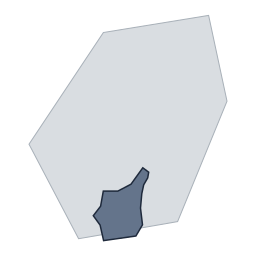 location of Fiorentino within San Marino
{"feature_id": "SMR-4890", "entity_name": "Fiorentino", "entity_type": "state/province", "adm_level": 1, "iso_a3": "SMR", "parent_name": "San Marino", "parent_adm1": "", "projection": "orthographic", "projection_center": [12.455, 43.909], "detail": "fine", "context": "in_parent", "style": "filled", "palette": "slate", "viewbox_px": 256, "rotation_deg": 0, "n_neighbors": 0, "source": "natural_earth", "source_scale": "10m", "svg_char_len": 465}
<svg xmlns="http://www.w3.org/2000/svg" viewBox="0 0 256 256"><path d="M177.6,221.6L78.6,238.7L29.0,144.2L103.4,32.5L208.6,15.4L227.0,101.2L177.6,221.6Z" fill="#d9dde1" stroke="#a8b0b8" stroke-width="1"/><path d="M142.5,224.8L135.9,236.0L103.6,240.6L100.1,225.1L93.3,215.7L100.6,206.2L103.3,191.1L117.8,191.1L131.0,184.2L142.8,167.8L148.7,172.2L147.7,177.9L143.7,184.8L141.8,193.6L140.5,208.1L142.5,224.8Z" fill="#64748b" stroke="#1e293b" stroke-width="1.5"/></svg>